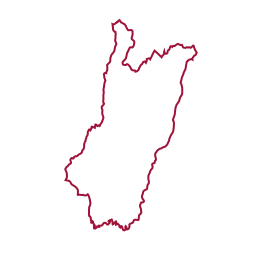 outline of Útica, Cundinamarca, Colombia, rotated 190°
{"feature_id": "7082276B79579066733187", "entity_name": "Útica", "entity_type": "district", "adm_level": 2, "iso_a3": "COL", "parent_name": "Colombia", "parent_adm1": "Cundinamarca", "projection": "equal_earth", "projection_center": [-74.472, 5.191], "detail": "fine", "context": "isolated", "style": "outline", "palette": "rose", "viewbox_px": 256, "rotation_deg": 190, "n_neighbors": 0, "source": "geoboundaries", "source_scale": "gbopen_adm2", "svg_char_len": 5779}
<svg xmlns="http://www.w3.org/2000/svg" viewBox="0 0 256 256"><g transform="rotate(190 128 128)"><path d="M110.1,28.7L109.7,29.5L109.5,30.5L109.5,31.9L109.9,32.9L109.8,33.2L109.4,33.9L107.1,35.4L106.7,35.9L106.1,38.2L105.8,38.6L105.2,38.9L103.9,39.1L102.3,39.0L101.7,39.5L101.7,41.3L102.0,43.1L102.0,43.6L101.6,44.7L100.8,45.5L100.2,46.9L101.3,50.7L102.6,53.0L102.7,54.4L102.2,56.7L102.0,57.0L100.7,57.2L99.9,57.9L99.5,58.6L100.3,59.9L101.4,60.9L102.2,62.2L102.4,63.1L102.3,64.6L102.1,65.3L101.9,68.0L101.7,68.6L100.8,69.6L98.9,70.9L98.7,71.4L98.8,73.5L98.8,75.4L97.9,77.3L98.0,78.3L99.2,81.8L99.6,84.2L99.5,85.1L98.9,87.3L98.7,88.8L98.3,90.4L97.0,92.8L97.0,94.3L97.8,95.6L97.8,96.8L97.6,97.2L95.9,98.0L95.8,98.6L95.8,100.1L95.3,100.8L95.0,101.4L95.1,102.2L96.4,105.5L96.7,107.3L96.6,107.9L95.9,109.2L95.4,110.6L94.0,112.3L93.2,113.0L91.3,113.9L90.9,114.6L88.3,116.0L87.2,117.3L86.4,118.9L85.8,121.5L85.4,122.2L85.4,124.4L84.5,128.4L83.3,131.1L82.9,133.1L83.1,137.1L83.6,140.9L84.3,142.6L84.9,143.1L85.1,144.0L84.9,146.0L84.6,147.4L84.3,149.5L84.5,151.4L84.7,156.4L84.2,159.3L82.3,163.4L82.3,164.7L81.9,167.3L80.8,169.9L80.6,171.6L81.6,177.1L82.1,178.0L82.5,179.4L84.0,181.7L83.7,187.2L82.8,190.7L82.8,192.3L82.3,193.5L82.2,194.5L81.8,195.0L81.6,197.0L81.7,199.8L81.6,203.6L80.7,204.4L80.3,205.4L79.7,205.8L77.6,206.9L76.4,206.5L76.6,207.1L76.6,207.9L76.1,209.2L75.4,210.7L74.2,211.5L73.9,212.4L73.4,214.0L76.0,217.3L77.1,219.1L77.3,220.0L77.8,220.5L78.1,220.5L79.8,218.3L80.4,217.8L81.5,218.2L83.1,217.6L84.0,217.8L85.4,216.9L86.2,216.8L87.3,216.8L87.8,217.1L89.3,219.2L89.9,218.9L91.1,218.9L93.4,219.5L94.8,218.5L96.3,216.8L97.7,216.8L98.5,215.5L99.2,216.0L100.3,215.9L100.8,213.7L100.9,212.5L102.2,211.1L102.3,208.5L102.6,208.2L103.6,207.6L104.1,207.6L105.1,208.5L105.6,209.8L105.7,209.1L105.3,207.3L106.2,205.6L106.9,204.8L107.2,203.5L112.9,207.4L115.3,208.8L116.5,205.2L117.0,203.0L118.1,199.5L118.6,200.0L119.3,200.3L121.5,199.2L121.2,197.3L121.7,195.3L123.0,196.5L124.5,195.7L125.0,193.8L126.4,192.0L126.7,191.2L126.8,190.5L127.4,189.2L127.5,187.8L127.9,186.8L129.0,185.4L130.4,184.8L130.6,185.5L131.1,185.8L133.4,185.6L134.5,186.0L135.0,186.4L136.2,188.2L138.0,189.9L139.2,190.6L139.8,190.7L140.2,190.7L140.8,189.9L141.4,189.6L142.2,189.5L143.5,189.5L144.0,189.8L144.4,190.4L144.7,191.7L144.4,192.7L142.6,195.3L142.2,196.1L142.0,198.0L142.0,200.7L141.9,201.5L140.3,207.2L140.0,207.6L139.5,208.0L137.9,208.0L137.5,208.2L136.8,209.7L136.6,210.8L136.6,213.3L136.8,214.0L137.0,214.5L137.4,214.9L139.6,216.1L139.9,216.6L140.0,217.9L139.7,220.7L140.2,223.5L140.7,224.6L141.3,224.9L142.2,225.0L143.9,224.5L144.7,224.4L145.2,224.6L146.8,226.4L147.8,228.0L149.2,229.5L153.3,230.9L154.7,232.5L155.2,232.8L155.7,232.3L155.7,232.5L156.3,231.1L157.0,230.7L156.8,230.4L157.0,230.2L158.2,229.3L159.3,228.0L160.4,227.4L161.3,227.6L161.0,226.8L160.9,225.9L160.5,225.3L160.2,224.2L160.1,223.2L159.6,222.1L159.2,221.4L158.0,220.7L157.8,220.4L157.0,220.3L157.0,219.8L156.6,219.2L156.4,218.2L156.4,217.1L155.9,214.1L155.9,212.0L154.8,210.1L154.0,208.5L154.5,207.2L154.8,205.5L154.9,201.2L155.8,199.2L156.8,197.6L157.1,196.6L157.5,194.0L157.1,190.8L157.2,190.1L157.7,189.1L159.5,186.5L158.9,184.3L158.8,183.1L158.5,182.2L158.5,181.6L159.1,178.7L159.0,178.3L159.7,178.4L160.4,178.0L160.9,177.5L161.0,176.8L160.0,173.4L158.5,170.9L158.8,169.4L158.9,168.0L158.9,164.9L158.7,164.2L158.9,162.9L158.7,161.8L158.8,160.9L158.1,159.3L157.9,155.6L157.3,152.7L157.0,149.9L156.6,148.5L155.9,148.0L155.8,147.7L156.2,146.5L156.7,145.7L157.3,145.1L157.5,144.1L157.2,142.7L156.2,141.1L156.2,139.9L155.9,137.8L155.0,135.9L154.2,134.6L154.0,133.6L154.2,132.1L154.9,128.7L156.0,126.5L156.1,125.3L156.3,125.0L157.3,125.5L158.5,124.5L159.9,125.8L160.6,125.8L160.8,125.1L160.7,123.6L160.7,122.4L162.0,122.9L163.1,122.4L163.6,123.0L163.9,123.0L164.0,122.5L164.1,120.8L164.6,119.0L165.0,119.1L165.0,119.8L165.2,120.0L166.3,119.5L166.4,118.5L166.9,117.3L166.6,115.2L166.6,113.9L167.4,112.1L167.3,110.7L167.7,109.6L167.6,108.5L167.5,108.0L167.9,107.2L168.4,104.6L168.4,104.0L168.0,102.7L167.9,100.7L168.2,99.3L169.0,98.1L169.2,97.2L169.2,95.8L170.7,94.1L172.0,93.2L173.2,91.5L173.7,91.2L174.6,91.1L175.8,90.4L176.2,89.6L176.2,89.0L176.6,88.5L176.9,88.3L177.5,88.6L178.3,88.6L178.9,87.9L179.2,86.8L179.1,86.2L178.0,83.7L178.8,82.6L180.0,81.6L180.8,79.7L181.7,79.0L182.0,78.5L182.6,76.7L182.5,76.2L180.6,73.3L179.9,70.7L179.6,69.2L179.7,68.3L180.4,65.8L177.0,65.7L176.2,65.4L175.4,64.8L174.5,63.5L173.5,62.6L169.8,61.1L168.1,60.0L167.0,58.7L166.5,57.9L166.0,55.1L166.0,53.7L165.7,53.4L164.4,54.0L162.5,53.9L160.4,54.4L159.2,54.0L158.2,54.1L156.9,54.8L156.1,55.7L155.0,54.5L153.5,51.7L152.6,49.3L152.5,48.7L151.9,47.8L152.0,44.9L152.5,43.4L152.2,41.2L152.2,40.0L151.9,39.2L151.7,37.8L151.5,37.2L151.5,36.8L151.4,35.8L150.9,34.6L150.1,34.4L148.9,32.7L148.7,30.9L147.9,30.0L147.9,28.5L147.4,28.3L146.8,28.6L146.7,28.8L147.2,29.9L147.1,30.2L146.9,30.1L146.3,29.7L145.3,27.6L144.3,26.9L144.6,25.6L144.5,25.0L144.4,24.9L143.7,25.2L144.1,23.7L144.0,23.3L143.1,23.2L142.5,23.6L141.7,24.4L141.3,25.5L141.0,25.7L139.9,25.5L139.4,25.6L139.9,26.3L140.0,26.6L139.8,26.8L137.7,27.1L136.8,27.5L136.4,28.0L135.5,30.1L135.2,30.3L133.6,30.7L131.8,29.4L130.9,29.5L129.9,31.0L129.3,32.3L129.5,32.5L130.7,32.5L131.0,32.7L131.0,33.0L129.6,34.3L128.7,34.3L128.1,35.0L128.0,34.9L127.3,33.5L126.7,32.7L126.6,30.8L126.3,30.4L125.9,30.6L125.4,31.2L124.9,31.8L124.1,33.5L123.6,33.9L123.4,33.6L123.3,32.0L123.0,30.7L122.5,31.0L122.0,32.0L121.5,32.0L119.5,30.5L119.1,29.7L119.3,29.2L118.2,28.6L117.4,30.2L117.2,30.2L116.2,28.9L115.8,27.8L115.3,27.0L114.6,26.6L113.7,26.6L113.4,26.9L113.1,27.3L113.0,28.1L113.1,29.2L113.5,30.6L113.3,30.9L112.9,30.4L112.2,29.9L112.2,28.1L111.4,27.9L110.1,28.7Z" fill="none" stroke="#9f1239" stroke-width="2"/></g></svg>